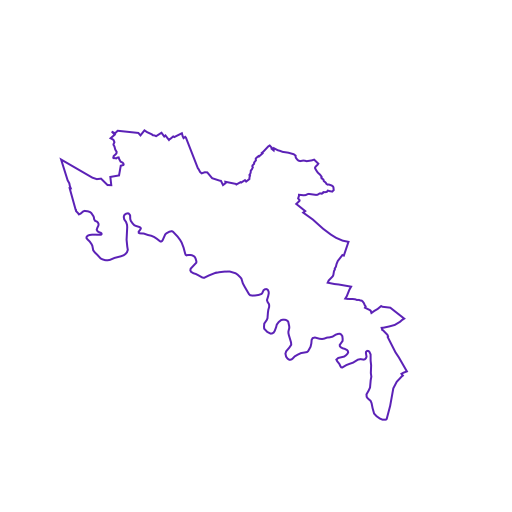 outline of Numarán, Michoacán, Mexico, rotated 134°
{"feature_id": "50627088B90395598020447", "entity_name": "Numarán", "entity_type": "district", "adm_level": 2, "iso_a3": "MEX", "parent_name": "Mexico", "parent_adm1": "Michoacán", "projection": "robinson", "projection_center": [-101.961, 20.258], "detail": "fine", "context": "isolated", "style": "outline", "palette": "violet", "viewbox_px": 512, "rotation_deg": 134, "n_neighbors": 0, "source": "geoboundaries", "source_scale": "gbopen_adm2", "svg_char_len": 6125}
<svg xmlns="http://www.w3.org/2000/svg" viewBox="0 0 512 512"><g transform="rotate(134 256 256)"><path d="M282.4,48.8L270.6,55.4L255.8,65.3L248.7,67.4L241.2,67.5L240.0,67.3L239.7,69.5L237.6,68.9L234.2,67.3L229.7,82.9L228.4,88.8L222.8,105.0L222.1,105.1L221.4,106.7L221.2,113.1L221.5,113.8L220.4,115.7L218.9,114.4L214.1,111.2L209.2,108.3L203.3,106.7L200.6,106.5L198.1,105.9L199.9,123.5L204.7,129.8L205.1,131.2L209.6,131.7L213.1,132.7L216.8,133.4L215.7,135.5L215.8,136.5L217.5,141.7L216.1,142.1L215.7,144.1L215.2,145.0L214.9,145.9L214.6,147.9L214.7,149.0L215.5,150.0L216.0,151.3L217.6,153.0L218.2,154.5L219.7,156.5L223.1,160.1L224.6,162.2L221.8,162.8L215.4,165.4L212.0,166.3L219.1,176.8L221.6,180.0L225.4,185.9L223.1,186.7L217.3,186.7L215.9,187.2L212.7,189.4L210.9,189.9L210.4,190.6L208.2,191.1L205.8,192.5L202.8,193.7L195.3,194.5L194.7,193.1L181.6,199.3L184.8,204.4L187.3,211.0L188.6,217.1L189.8,226.7L190.3,240.5L192.0,252.2L189.5,251.8L190.6,263.2L186.2,263.0L185.6,263.4L185.3,265.7L183.0,266.8L182.1,267.6L179.2,263.9L177.7,262.6L175.6,261.8L174.7,261.2L170.3,255.2L169.2,254.3L166.9,253.7L166.4,253.4L165.5,251.9L164.6,252.0L164.0,251.6L163.2,251.9L162.2,250.7L160.7,249.6L159.1,249.8L158.2,248.1L156.7,245.9L154.6,245.9L152.9,247.9L152.5,248.8L152.7,250.5L154.0,253.3L154.9,254.0L155.2,255.4L154.8,256.8L155.0,259.3L154.2,260.6L154.3,262.0L154.6,262.6L154.3,263.4L153.8,263.5L153.4,263.9L153.0,266.5L153.1,269.0L152.9,270.6L152.2,273.4L151.8,274.5L151.4,274.9L150.3,275.2L147.6,275.1L146.3,275.3L146.3,281.1L148.5,282.3L152.6,285.4L153.5,287.0L154.5,288.3L157.0,290.1L157.9,291.7L158.0,293.2L157.7,295.3L157.2,296.4L156.3,297.2L156.6,299.6L159.3,304.6L162.6,309.2L163.8,312.0L164.8,313.8L166.0,317.9L167.8,316.6L168.0,319.1L167.2,319.0L167.0,322.9L168.7,323.3L175.8,323.2L177.7,323.4L177.7,322.6L182.4,323.0L182.4,323.6L185.1,323.9L186.2,323.8L187.3,322.5L190.0,322.3L191.0,321.4L193.3,321.4L194.0,321.0L194.4,319.9L196.7,319.1L198.1,319.1L199.7,317.8L201.0,317.2L202.3,317.0L202.4,316.1L203.7,315.5L205.3,314.2L209.3,314.8L209.1,316.6L213.5,317.7L213.6,318.4L218.2,319.8L218.1,320.5L223.9,329.6L224.7,328.5L227.9,329.0L226.3,333.4L227.0,334.4L230.5,341.6L229.7,349.1L231.3,351.0L234.3,352.5L234.4,354.6L233.4,357.6L233.3,358.7L219.6,388.5L219.5,389.7L221.5,390.0L220.8,391.9L219.2,394.6L227.2,397.4L227.5,398.6L231.3,399.0L231.8,399.3L233.0,399.2L232.2,404.9L233.8,405.0L233.0,409.6L239.2,411.1L239.7,412.6L240.9,414.3L240.8,415.3L242.6,420.5L243.1,423.5L249.5,422.9L249.2,426.1L262.0,442.5L265.5,442.6L265.7,442.8L266.7,446.2L266.8,441.9L272.3,442.4L271.5,439.5L271.6,438.8L272.5,436.9L274.7,436.1L275.1,435.5L275.5,434.0L277.2,431.2L277.9,428.6L278.9,427.8L280.1,427.6L282.9,427.8L284.5,426.9L284.5,426.4L283.6,425.5L282.9,424.3L281.6,424.1L280.5,423.3L281.3,421.8L282.2,418.9L281.5,416.9L281.6,415.7L282.1,414.8L282.7,414.6L285.0,416.0L293.2,410.5L300.3,415.7L305.6,409.3L308.1,412.1L308.0,421.2L311.3,423.9L313.3,428.1L322.0,463.2L332.4,444.1L333.4,440.8L335.1,438.3L336.0,436.3L336.7,437.1L348.0,417.9L347.9,417.5L348.7,416.6L348.8,413.8L349.1,412.3L347.3,411.6L344.1,411.3L342.7,410.7L340.6,407.9L339.7,405.9L339.5,404.4L340.3,400.6L340.8,399.5L341.9,398.1L342.5,396.4L341.7,394.0L341.8,392.8L342.4,391.4L343.6,390.5L346.0,389.7L347.8,388.8L348.3,387.0L347.9,385.4L347.1,383.7L347.1,382.8L347.5,382.3L348.4,382.3L354.5,388.7L356.5,390.3L357.8,391.0L359.4,391.2L360.2,391.0L360.9,390.3L361.1,388.8L361.1,385.7L361.7,382.6L362.3,380.9L365.0,377.0L365.4,374.4L365.4,370.9L365.7,366.1L365.1,364.2L363.8,361.6L362.3,359.9L360.3,358.4L355.6,356.4L350.1,353.0L347.4,351.7L345.3,351.3L343.0,351.4L340.6,352.5L338.7,355.1L334.2,360.4L324.7,368.7L323.1,370.5L321.8,373.1L321.2,376.2L319.8,378.2L318.9,378.8L317.6,379.2L315.8,378.8L314.4,377.9L313.9,377.2L314.0,375.5L314.3,374.7L316.7,372.2L317.7,370.5L318.3,367.3L318.4,364.9L317.8,363.3L316.0,359.7L315.9,358.6L316.3,357.9L317.9,357.5L320.0,357.3L320.8,356.4L320.4,355.3L317.8,352.3L316.0,348.4L314.2,345.4L313.1,342.5L312.5,339.3L312.1,335.4L311.7,334.4L310.6,334.0L309.3,334.2L303.5,336.3L301.9,336.2L298.7,335.2L296.6,333.8L296.2,332.5L296.5,325.9L297.2,321.6L298.0,318.8L300.3,313.9L303.5,308.6L304.0,307.4L303.8,306.4L303.0,306.0L301.1,304.2L300.0,302.7L299.3,300.6L299.3,299.1L299.9,297.5L301.3,295.1L302.3,294.3L310.5,294.2L311.9,293.3L312.5,291.8L311.9,289.1L310.7,286.7L309.9,284.0L308.8,279.8L307.8,278.2L302.8,276.4L295.9,273.3L296.0,273.1L293.1,271.1L289.1,267.8L285.4,264.1L282.6,258.7L282.2,256.3L282.2,252.5L282.4,250.8L284.8,246.5L286.0,242.8L288.3,234.6L288.3,233.0L286.9,231.0L285.0,229.2L282.1,227.0L279.5,225.7L278.5,225.7L275.3,226.8L273.6,226.4L272.4,225.3L272.2,223.7L273.0,222.0L274.0,220.9L276.5,219.3L280.1,217.5L281.0,215.8L281.6,213.3L282.2,212.4L283.6,211.1L286.1,209.8L288.3,208.2L292.8,204.5L294.6,203.8L298.9,203.1L301.3,201.1L302.6,199.6L302.8,195.2L301.7,191.6L300.7,190.7L298.9,190.1L296.9,190.5L293.2,192.1L290.9,193.4L287.7,193.8L284.6,193.4L283.0,192.3L281.6,190.7L281.0,189.4L280.8,187.6L281.0,187.0L283.4,183.4L284.6,182.1L287.7,180.3L288.9,179.2L290.1,177.4L293.8,170.8L295.4,169.0L298.7,168.4L303.6,168.1L305.8,167.0L307.5,164.4L307.9,161.9L307.5,159.9L306.6,159.1L305.6,158.6L304.6,158.4L301.3,158.4L298.1,157.5L294.6,156.2L289.7,152.6L288.3,152.4L283.4,153.7L280.4,155.5L277.7,157.7L275.7,158.2L273.7,157.0L271.4,152.8L269.8,150.8L268.0,149.5L265.3,148.2L263.5,146.6L260.8,144.9L257.2,144.0L255.1,142.9L253.7,141.7L253.3,140.2L253.7,138.2L255.5,136.0L257.0,134.7L261.8,134.0L262.7,132.9L262.7,131.3L262.1,129.3L261.2,127.8L260.4,125.1L260.6,123.8L261.4,122.7L262.9,122.3L264.9,122.3L267.1,122.7L272.2,126.0L274.7,126.2L275.3,124.5L275.7,121.2L276.7,118.5L276.9,117.4L276.3,116.5L271.6,115.2L268.6,113.8L265.3,112.1L259.8,110.7L257.6,109.2L255.7,106.5L254.5,105.9L253.3,105.9L251.7,106.5L249.4,109.6L248.4,110.3L247.0,110.1L246.2,109.0L246.2,107.8L247.2,105.2L251.7,100.8L254.7,97.2L260.4,92.1L262.7,89.2L265.7,87.2L271.4,82.6L274.5,81.5L278.8,80.4L280.4,78.6L280.8,76.8L280.6,72.9L281.6,70.6L284.5,66.4L287.3,61.6L287.5,58.0L286.9,54.0L285.9,51.4L283.5,48.9L282.4,48.8Z" fill="none" stroke="#5b21b6" stroke-width="2"/></g></svg>